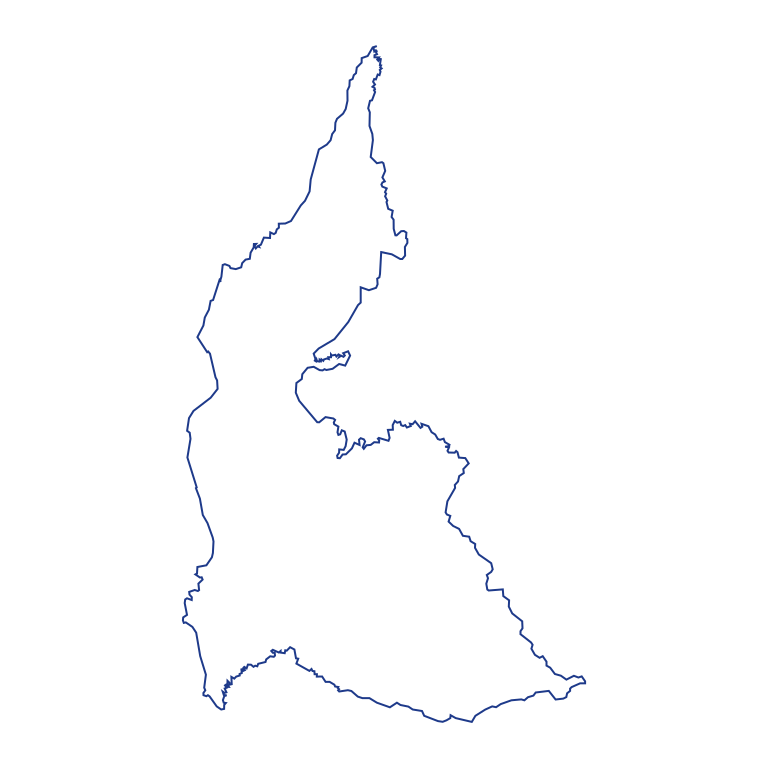 Mamuju Utara, Sulawesi Barat, Indonesia
{"feature_id": "22746128B5634485200629", "entity_name": "Mamuju Utara", "entity_type": "district", "adm_level": 2, "iso_a3": "IDN", "parent_name": "Indonesia", "parent_adm1": "Sulawesi Barat", "projection": "albers", "projection_center": [119.556, -1.342], "detail": "fine", "context": "isolated", "style": "outline", "palette": "blue", "viewbox_px": 768, "rotation_deg": 0, "n_neighbors": 0, "source": "geoboundaries", "source_scale": "gbopen_adm2", "svg_char_len": 6084}
<svg xmlns="http://www.w3.org/2000/svg" viewBox="0 0 768 768"><path d="M374.3,51.5L373.4,47.4L376.8,46.1L372.7,47.4L367.7,56.0L361.7,58.1L361.6,62.7L356.8,67.5L356.0,73.2L353.8,75.1L352.6,79.0L349.7,80.4L349.4,86.2L347.4,90.5L347.5,100.7L345.7,109.0L343.1,113.6L337.0,118.8L335.4,122.7L335.0,130.3L332.2,134.0L330.6,140.2L326.8,144.6L318.9,149.4L310.7,179.5L309.6,191.4L305.0,200.8L300.8,205.4L291.0,221.0L285.3,223.5L278.8,223.7L278.9,227.7L276.8,229.4L275.7,232.9L273.9,234.1L270.3,232.4L270.0,238.0L263.9,237.6L260.9,244.7L258.5,245.8L259.1,246.9L257.6,246.4L255.8,248.4L254.5,246.0L256.2,243.9L253.9,244.0L253.7,247.4L250.6,252.7L249.8,258.8L245.6,259.6L242.2,263.1L241.2,267.3L235.8,269.1L230.5,268.1L229.4,265.9L224.9,264.2L222.7,265.0L221.4,276.7L220.4,280.0L219.8,279.2L220.8,281.8L219.5,280.0L213.1,300.0L210.6,300.9L208.9,309.7L204.8,317.5L203.4,325.5L197.4,337.1L207.2,352.2L208.2,351.5L210.0,353.7L215.5,377.3L217.1,380.4L217.6,388.9L210.7,397.7L193.5,410.9L189.0,418.1L187.1,430.8L189.7,432.7L190.5,438.8L187.4,457.5L196.7,487.4L195.9,488.1L199.9,498.6L202.8,515.0L207.5,523.1L212.7,537.5L213.5,541.4L212.9,553.0L211.9,557.3L206.4,565.3L197.4,567.0L197.0,573.5L195.4,574.4L199.9,577.5L201.7,577.3L202.6,579.6L198.4,583.6L199.1,590.1L197.9,591.0L194.7,590.0L189.2,591.9L189.5,594.6L191.8,597.2L191.7,600.0L187.0,598.3L185.2,599.5L184.7,603.1L187.0,614.9L183.2,617.4L182.9,620.3L183.8,622.9L185.8,622.4L192.4,626.9L196.2,632.7L200.2,656.1L205.9,674.7L204.2,687.7L205.3,690.3L203.4,693.0L203.5,695.2L206.4,696.2L207.9,695.2L209.6,696.4L216.7,706.4L221.2,709.5L224.1,708.9L224.2,704.9L225.8,703.0L223.7,702.7L222.9,700.1L224.3,696.1L226.6,695.3L223.8,695.0L222.7,691.6L224.5,692.9L226.4,692.3L224.7,688.5L226.7,687.7L225.0,685.4L226.0,684.7L227.4,686.8L228.9,686.9L227.4,684.4L227.5,680.8L229.5,682.8L229.5,684.7L231.7,684.2L231.4,676.9L234.3,678.6L236.2,676.6L239.7,675.5L239.6,674.0L241.8,673.0L241.4,669.4L242.5,669.1L243.2,670.9L244.9,670.1L243.5,667.7L244.3,666.9L246.6,668.4L247.9,664.6L251.0,664.7L253.5,666.8L255.2,665.7L257.3,666.3L258.2,663.8L265.5,662.0L266.2,659.4L270.2,656.3L273.8,656.8L275.0,655.6L274.7,652.8L272.9,652.8L271.3,651.0L272.8,649.8L278.8,652.5L280.6,651.0L280.6,652.6L284.7,653.2L285.3,650.3L286.7,650.7L290.1,647.2L294.4,649.5L296.0,658.3L298.2,658.7L296.4,663.6L309.4,670.9L311.5,669.0L312.5,671.0L314.4,671.2L314.6,674.2L316.9,674.2L316.8,676.6L322.1,676.5L325.6,681.9L329.7,681.9L334.4,684.7L335.1,686.5L338.3,687.0L337.8,688.0L339.1,689.2L338.1,690.3L339.2,691.5L347.9,690.2L351.4,691.0L357.8,696.6L362.3,698.1L369.4,698.1L376.9,702.7L389.9,707.3L396.9,702.7L400.5,705.0L408.4,706.6L412.7,709.5L422.0,711.0L424.2,715.8L438.0,721.1L442.7,721.8L446.5,720.3L450.3,718.1L450.6,715.2L455.7,718.1L471.8,721.9L475.4,715.8L485.2,709.6L492.2,706.4L496.1,707.2L500.7,704.1L511.4,700.3L521.3,699.4L524.4,700.3L528.0,697.2L533.4,695.6L535.7,692.5L548.8,690.9L555.6,699.5L563.3,698.6L566.3,697.1L567.1,693.3L570.1,690.9L570.1,688.6L571.6,687.1L580.2,683.3L585.1,683.3L585.1,681.3L581.7,676.4L578.4,677.5L573.9,675.8L566.4,679.6L560.9,675.7L554.9,674.0L550.2,667.7L546.5,665.6L546.5,661.7L542.7,656.2L539.6,657.8L534.9,654.8L531.4,648.7L532.6,644.8L531.1,642.5L520.5,634.2L520.5,631.2L522.5,628.3L522.2,621.3L512.2,613.4L508.8,606.6L509.1,600.3L503.3,596.1L502.8,589.4L488.7,590.5L487.3,589.5L486.3,583.7L488.0,578.2L486.8,575.0L491.2,571.9L492.7,569.3L491.2,563.2L478.8,554.5L475.0,547.8L475.2,544.0L470.6,541.2L469.2,536.7L462.9,535.8L459.1,528.9L453.2,526.0L448.6,521.6L450.3,515.9L446.9,514.5L445.6,512.4L447.4,501.3L455.1,487.9L454.8,485.0L458.0,481.5L459.2,476.1L463.8,473.0L463.3,469.1L468.7,463.4L465.3,458.1L458.9,457.6L457.5,452.2L456.1,451.0L454.7,452.7L448.6,452.5L447.5,450.8L449.0,447.4L445.1,446.7L449.0,446.1L449.5,444.8L444.9,442.1L443.6,438.7L440.0,439.8L437.8,439.0L435.2,434.5L431.6,432.2L428.4,426.2L421.5,423.8L422.3,426.7L420.5,427.9L415.1,421.3L412.6,424.2L409.9,423.7L410.8,426.0L406.9,427.5L405.2,425.1L403.2,426.0L401.2,425.2L400.2,421.8L397.2,422.7L394.8,420.9L392.7,425.1L392.9,429.7L387.9,429.9L389.6,437.9L388.5,440.8L378.8,437.9L377.9,438.7L379.2,440.4L379.0,442.5L374.2,442.2L370.7,444.9L366.5,445.3L363.8,448.8L362.7,447.3L365.1,441.5L363.9,439.4L360.7,438.2L359.0,439.7L359.6,445.0L354.5,442.7L351.9,448.4L345.9,454.3L342.6,454.5L339.9,458.2L337.6,458.0L337.1,455.7L339.1,452.7L339.2,449.4L343.7,449.9L345.6,446.2L346.7,439.6L344.7,431.5L341.8,430.3L340.2,434.3L338.4,434.9L337.5,432.3L338.4,426.6L334.2,424.2L333.8,422.5L335.1,419.9L333.4,418.5L325.5,417.1L319.2,422.3L317.2,422.2L299.2,400.8L295.8,392.7L296.4,383.0L301.8,379.0L302.3,374.2L307.6,367.8L313.7,366.8L319.6,370.1L322.6,370.4L324.5,369.2L326.4,370.0L332.6,368.8L339.1,364.0L345.2,365.6L350.1,355.6L348.1,351.3L343.2,353.2L344.8,355.5L343.5,356.8L341.2,355.7L339.2,357.0L340.1,355.3L338.5,354.4L336.4,356.5L335.4,354.8L331.9,355.5L331.0,354.4L331.0,357.2L328.3,357.2L328.8,359.1L326.8,358.5L323.9,359.5L323.3,360.8L321.4,359.3L321.0,361.0L319.6,359.7L319.5,361.6L317.1,361.2L316.6,359.7L316.1,361.4L314.8,360.6L315.5,359.2L313.7,353.6L318.7,348.5L334.5,339.1L348.3,322.0L358.0,305.1L360.7,302.6L360.7,287.3L368.9,290.2L376.1,287.8L377.6,284.3L377.2,278.7L379.4,277.3L380.0,274.0L381.2,252.1L391.8,254.3L400.2,259.0L402.3,259.0L405.1,255.6L404.9,247.0L407.4,242.9L407.3,239.1L406.0,238.2L406.4,232.6L403.9,231.0L401.2,231.2L396.6,235.4L395.4,235.3L393.7,228.8L393.6,219.7L391.6,217.0L392.7,210.7L388.2,208.8L386.5,202.0L387.3,200.5L385.1,196.3L386.2,193.7L385.0,192.2L386.7,188.4L382.3,186.6L381.4,184.5L382.5,182.4L384.8,181.4L382.4,177.4L385.2,170.9L383.4,163.2L382.0,162.2L376.9,163.2L370.7,157.0L372.9,140.1L372.3,133.9L369.5,126.0L369.8,112.3L368.2,108.3L370.0,100.8L372.0,100.3L375.1,92.0L374.0,90.2L375.0,89.4L374.5,87.9L372.5,86.8L375.0,84.5L373.1,81.8L374.2,79.0L375.9,79.4L377.7,74.5L379.5,75.1L380.5,71.7L379.8,69.9L381.6,68.4L380.2,67.4L381.1,65.4L379.9,65.1L380.8,59.1L379.4,58.8L378.3,60.8L377.2,59.5L378.9,57.4L374.5,57.3L374.5,55.2L377.0,54.2L376.0,52.2L376.7,51.2L375.9,50.3L374.3,51.5Z" fill="none" stroke="#1e3a8a" stroke-width="2"/></svg>